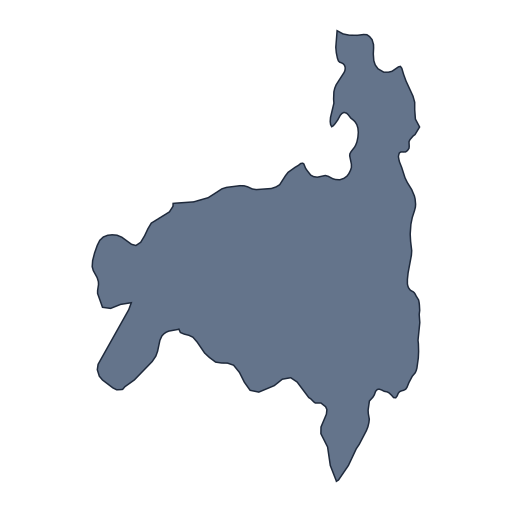 map outline of Loja (Equal Earth projection)
{"feature_id": "ECU-1268", "entity_name": "Loja", "entity_type": "Province", "adm_level": 1, "iso_a3": "ECU", "parent_name": "Ecuador", "parent_adm1": "", "projection": "equal_earth", "projection_center": [-79.576, -4.049], "detail": "fine", "context": "isolated", "style": "filled", "palette": "slate", "viewbox_px": 512, "rotation_deg": 0, "n_neighbors": 0, "source": "natural_earth", "source_scale": "10m", "svg_char_len": 3426}
<svg xmlns="http://www.w3.org/2000/svg" viewBox="0 0 512 512"><path d="M135.9,245.5L140.7,242.3L144.6,235.8L148.0,228.6L151.3,223.1L169.4,211.9L173.0,206.3L173.1,203.4L176.5,203.1L193.5,201.9L208.2,197.7L222.0,188.8L226.5,187.4L239.9,185.7L244.1,185.8L247.6,186.8L252.4,189.0L256.3,189.6L271.4,188.5L276.1,186.9L279.7,184.7L285.6,175.5L288.1,172.3L295.1,167.3L298.5,165.3L300.7,163.5L302.7,163.2L303.8,163.9L305.5,168.1L307.0,170.4L310.7,175.1L313.5,176.6L317.3,177.2L325.3,175.5L328.2,176.3L332.7,178.7L335.4,179.5L339.8,179.8L344.0,178.3L347.0,176.1L348.8,173.7L350.5,170.3L351.4,167.5L351.4,164.2L349.7,155.8L349.9,153.8L351.1,151.6L354.6,147.1L355.7,145.1L356.9,142.0L357.9,137.3L358.3,132.4L357.9,128.0L356.8,124.6L355.2,122.0L353.7,120.4L350.8,118.1L348.2,114.7L346.6,113.2L344.0,112.4L342.0,113.4L340.3,115.2L337.7,120.0L334.9,123.9L333.2,125.8L331.7,126.7L330.6,124.6L330.2,121.5L330.5,117.5L333.9,103.2L333.6,99.1L333.9,91.8L334.8,88.1L336.2,84.7L344.2,72.3L344.9,70.6L345.2,68.6L345.1,66.9L344.3,65.0L343.1,63.7L341.4,62.8L339.7,62.2L338.4,60.9L337.4,58.1L336.3,52.7L335.8,47.3L337.1,30.7L343.0,33.9L349.3,35.2L357.4,35.3L363.7,34.5L366.9,34.7L369.6,36.6L372.1,39.7L373.5,44.5L373.6,48.0L373.3,53.9L373.8,60.7L375.2,64.9L378.0,68.8L383.8,72.2L388.4,72.2L392.0,71.3L398.4,66.9L400.4,66.4L401.8,68.3L403.6,74.4L406.0,81.0L413.0,96.2L414.7,102.3L414.7,109.6L415.4,119.1L419.6,127.0L415.0,134.6L413.2,135.9L409.9,139.7L409.0,141.7L409.2,146.3L409.0,148.3L407.8,150.1L406.8,151.1L405.6,151.9L403.1,152.0L401.9,151.9L400.6,152.1L399.4,152.9L398.8,154.5L398.4,156.6L398.9,159.5L399.5,162.0L401.7,167.5L405.0,177.8L407.3,182.5L411.7,189.6L414.4,196.0L415.1,199.0L415.6,204.2L415.4,207.1L414.5,210.6L412.3,217.4L410.9,224.2L410.2,234.1L410.6,241.3L411.7,250.7L411.4,255.2L408.1,272.8L407.4,279.4L407.4,284.0L407.9,286.2L408.6,287.9L409.3,288.9L410.0,289.8L410.8,290.5L413.2,291.8L414.3,292.8L415.3,294.3L416.0,295.8L418.6,300.0L419.1,302.5L419.4,305.0L419.7,310.4L419.2,314.4L419.8,322.6L418.0,340.3L418.4,343.8L418.6,351.5L418.3,358.0L416.9,368.1L416.2,370.6L415.2,372.8L412.3,376.2L408.9,382.6L407.0,387.3L405.7,389.2L403.6,390.3L401.6,390.8L399.6,391.7L398.3,393.2L397.1,396.0L395.7,397.8L393.6,397.6L391.6,395.3L389.2,393.0L387.2,391.9L384.2,391.3L381.5,389.9L379.0,389.1L377.3,389.5L375.6,391.3L374.3,394.9L372.9,397.2L369.4,401.0L368.1,410.2L368.3,413.6L369.3,419.2L368.9,422.6L367.9,426.8L366.4,430.6L359.2,444.4L356.3,448.7L348.4,465.5L338.5,480.0L336.4,481.3L336.3,480.9L330.3,465.5L327.6,447.0L320.9,433.7L321.0,427.0L326.4,414.2L326.9,409.6L325.6,406.7L320.9,403.0L315.3,403.0L313.9,402.0L310.6,398.7L308.8,397.6L297.1,382.0L290.7,377.7L282.3,379.2L274.3,385.6L258.8,392.1L250.1,390.3L244.4,382.3L239.5,372.5L233.6,365.2L227.5,363.1L221.6,363.0L215.6,362.1L209.3,357.4L204.6,353.0L197.1,342.0L192.9,337.2L188.9,335.3L184.2,334.1L180.4,332.5L178.9,329.1L178.2,329.4L168.8,331.1L166.2,332.2L163.9,333.8L161.9,335.9L159.9,340.3L157.6,351.2L155.8,356.2L152.2,361.5L134.4,379.9L124.9,386.7L122.6,389.4L120.8,389.6L116.7,389.8L112.9,387.9L102.5,380.0L99.3,376.2L97.3,369.7L98.1,364.3L128.8,309.6L131.3,302.7L120.6,304.4L110.6,308.4L102.5,307.3L97.6,293.5L97.6,290.6L98.5,284.6L98.4,281.7L97.2,277.7L93.3,270.6L92.2,266.7L92.6,261.0L92.6,260.7L94.6,252.9L97.3,245.3L99.8,240.3L103.3,237.0L107.6,235.3L112.2,234.8L117.0,235.2L121.8,237.2L131.5,244.3L135.9,245.5Z" fill="#64748b" stroke="#1e293b" stroke-width="1.5"/></svg>